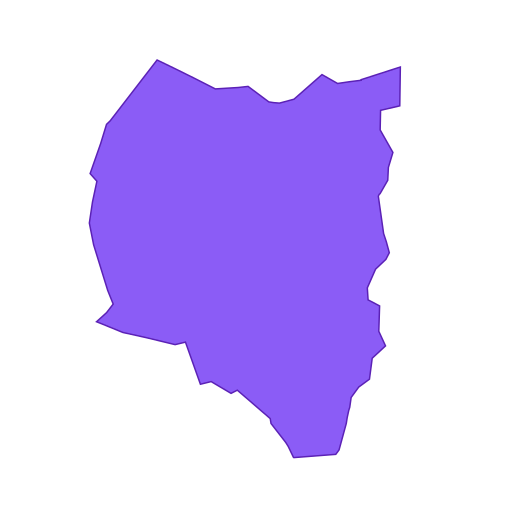 outline of Tarka, Benue, Nigeria, rotated 353°
{"feature_id": "59680162B13650355505793", "entity_name": "Tarka", "entity_type": "district", "adm_level": 2, "iso_a3": "NGA", "parent_name": "Nigeria", "parent_adm1": "Benue", "projection": "albers", "projection_center": [8.881, 7.59], "detail": "fine", "context": "isolated", "style": "filled", "palette": "violet", "viewbox_px": 512, "rotation_deg": 353, "n_neighbors": 0, "source": "geoboundaries", "source_scale": "gbopen_adm2", "svg_char_len": 1032}
<svg xmlns="http://www.w3.org/2000/svg" viewBox="0 0 512 512"><g transform="rotate(353 256 256)"><path d="M107.2,162.4L100.3,182.4L94.6,203.0L96.2,225.1L104.6,272.0L106.4,278.8L108.4,286.3L100.8,294.0L89.7,301.8L114.6,315.7L137.5,323.8L164.9,334.1L175.5,332.9L185.2,376.5L196.2,375.2L214.5,389.3L221.1,386.9L250.3,419.1L250.5,424.1L262.8,444.7L264.8,449.0L268.6,460.3L269.0,460.7L311.0,462.6L314.8,458.6L325.2,433.2L326.8,427.6L329.2,420.7L330.6,417.6L333.2,408.0L342.0,398.6L353.6,392.1L358.9,371.6L373.6,361.0L368.7,345.7L372.6,320.6L361.9,313.2L362.6,301.2L373.1,283.6L384.5,275.2L388.7,269.0L387.1,257.8L385.4,249.3L384.7,211.5L385.9,209.7L386.7,209.3L396.0,196.9L398.2,184.2L404.5,169.9L394.6,146.0L397.4,126.6L417.0,124.5L422.3,86.0L381.8,93.8L381.8,94.4L370.6,94.4L358.0,94.7L343.6,84.0L312.8,105.0L297.9,107.1L292.1,105.9L287.5,104.6L268.8,86.7L259.0,86.6L236.0,85.2L216.1,71.8L198.3,60.1L181.7,49.4L127.7,104.1L123.7,107.1L115.5,125.5L101.4,154.0L107.2,162.4Z" fill="#8b5cf6" stroke="#5b21b6" stroke-width="1.5"/></g></svg>